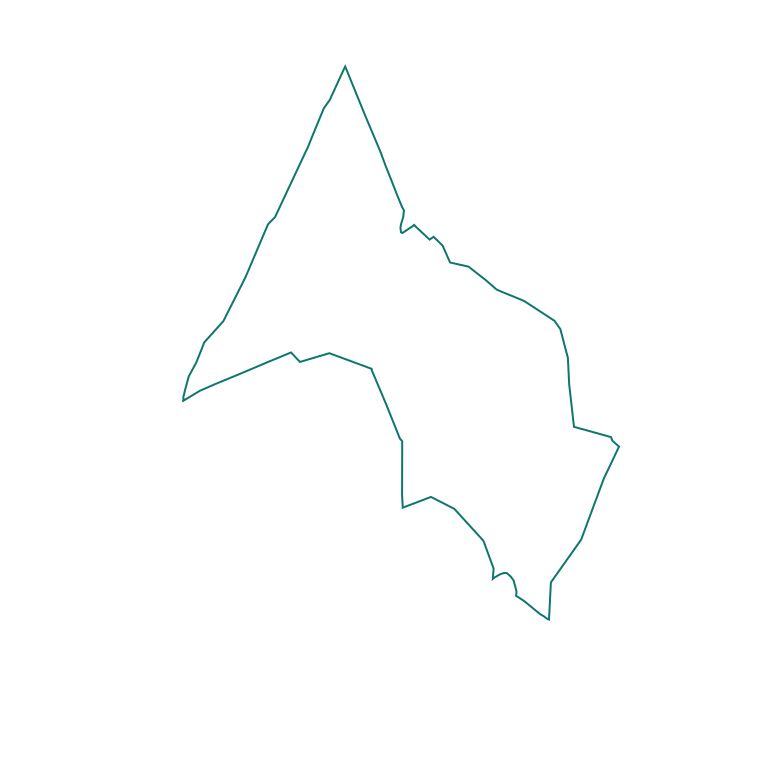 Ad Dali, Sennar, Sudan (orthographic projection), rotated 147°
{"feature_id": "16777658B21682317034415", "entity_name": "Ad Dali", "entity_type": "district", "adm_level": 2, "iso_a3": "SDN", "parent_name": "Sudan", "parent_adm1": "Sennar", "projection": "orthographic", "projection_center": [33.523, 12.54], "detail": "fine", "context": "isolated", "style": "outline", "palette": "teal", "viewbox_px": 768, "rotation_deg": 147, "n_neighbors": 0, "source": "geoboundaries", "source_scale": "gbopen_adm2", "svg_char_len": 1604}
<svg xmlns="http://www.w3.org/2000/svg" viewBox="0 0 768 768"><g transform="rotate(147 384 384)"><path d="M435.6,270.1L406.1,263.7L393.0,240.9L386.0,198.3L392.6,169.5L398.9,161.3L397.0,161.5L390.4,161.2L386.1,160.1L384.0,158.5L382.6,153.6L382.3,148.6L385.9,137.7L388.6,134.4L386.9,130.8L384.5,125.1L378.5,106.2L376.5,102.2L375.0,98.2L373.9,96.6L352.1,126.7L303.4,146.1L251.1,185.0L239.8,191.9L221.0,203.5L223.4,212.3L222.8,214.3L222.5,215.7L222.6,215.8L222.8,216.0L223.7,217.1L224.9,218.5L248.0,244.6L228.8,283.0L215.5,305.9L206.2,334.0L206.6,344.1L221.3,377.4L235.1,397.3L238.1,401.8L242.2,416.1L244.0,421.2L249.2,436.4L262.4,449.9L259.5,468.0L262.2,480.4L267.1,480.3L271.5,498.0L272.1,501.1L272.4,501.1L273.4,500.8L286.4,500.6L287.1,502.0L285.1,506.1L283.2,508.2L281.6,509.7L278.9,511.9L276.7,513.8L275.2,515.7L273.7,517.6L272.7,518.6L272.5,522.2L270.3,534.2L266.0,555.2L263.6,567.2L263.5,567.5L260.5,580.8L253.7,618.8L243.6,671.4L245.8,670.1L266.8,656.8L274.9,651.7L284.3,648.0L307.1,632.3L318.4,624.4L384.5,583.3L391.0,581.9L394.5,581.0L436.0,553.0L443.0,548.4L484.5,524.2L512.5,516.7L513.7,515.6L529.5,504.4L540.3,498.5L543.6,496.7L554.7,486.8L556.9,484.6L559.3,482.5L559.4,482.4L559.5,482.2L559.9,481.3L560.1,480.9L560.2,480.7L560.4,480.6L560.5,480.4L561.8,479.3L561.8,479.2L556.7,479.1L554.8,479.0L542.1,478.6L536.9,477.7L527.7,476.2L525.7,475.9L499.5,471.0L470.2,465.8L444.8,461.1L442.5,448.3L413.1,439.6L396.2,417.0L386.1,403.4L386.8,402.1L393.2,365.9L399.3,335.1L400.4,329.8L399.9,326.1L404.3,319.3L417.9,298.5L429.2,281.2L435.6,270.1Z" fill="none" stroke="#0f766e" stroke-width="2"/></g></svg>